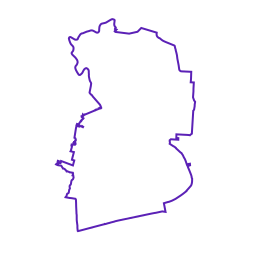 Wijdemeren, Noord-Holland, Netherlands (orthographic projection), rotated 5°
{"feature_id": "6326949B52829064558657", "entity_name": "Wijdemeren", "entity_type": "district", "adm_level": 2, "iso_a3": "NLD", "parent_name": "Netherlands", "parent_adm1": "Noord-Holland", "projection": "orthographic", "projection_center": [5.063, 52.226], "detail": "fine", "context": "isolated", "style": "outline", "palette": "violet", "viewbox_px": 256, "rotation_deg": 5, "n_neighbors": 0, "source": "geoboundaries", "source_scale": "gbopen_adm2", "svg_char_len": 5351}
<svg xmlns="http://www.w3.org/2000/svg" viewBox="0 0 256 256"><g transform="rotate(5 128 128)"><path d="M172.7,208.3L170.3,199.8L174.1,198.3L175.4,197.9L178.1,196.6L181.5,194.5L186.3,190.7L188.4,188.9L191.5,186.0L191.4,185.9L194.6,181.6L195.8,179.9L196.1,179.1L196.4,177.6L196.5,175.9L196.4,174.1L196.3,172.8L195.8,172.0L195.5,170.6L194.9,169.1L192.9,165.1L191.2,161.9L190.7,160.8L192.9,159.8L192.7,159.3L193.0,159.3L192.8,158.2L192.1,158.4L192.3,159.2L191.7,159.4L191.3,158.6L190.1,159.0L190.1,159.5L189.9,159.5L189.4,158.3L188.3,155.8L187.5,154.2L186.1,152.2L185.1,150.4L183.7,148.7L183.4,148.2L182.6,147.9L178.5,144.7L177.9,144.3L177.4,143.8L177.4,143.6L175.8,142.6L174.6,142.1L170.9,140.1L171.0,139.6L171.0,138.5L170.7,137.7L170.6,136.6L171.7,135.5L179.1,135.3L179.0,133.7L177.0,133.7L176.8,130.1L188.2,129.7L188.5,129.7L190.3,129.8L190.4,129.6L192.1,128.1L191.5,105.1L191.7,104.9L192.2,103.9L192.3,103.5L192.3,102.7L192.5,100.5L192.4,99.0L192.5,97.4L192.6,96.1L192.5,95.9L191.5,94.9L190.2,92.0L190.1,91.7L190.0,85.7L189.8,83.1L189.6,76.9L186.5,77.0L186.5,73.7L186.1,66.5L176.2,66.9L175.9,66.9L175.3,66.7L174.7,66.3L174.2,65.8L173.9,65.1L173.0,61.2L171.1,54.5L170.4,51.2L169.7,49.0L169.3,47.9L168.8,46.5L168.6,45.6L168.1,44.5L167.4,42.2L167.0,41.8L157.9,39.0L155.4,38.1L154.1,37.4L151.6,35.7L150.9,35.6L149.9,35.0L149.2,34.4L148.8,33.8L148.6,33.4L148.4,32.8L148.3,31.8L148.3,30.5L132.5,27.2L129.1,31.3L120.9,33.9L107.2,33.4L106.5,33.0L106.3,32.8L106.7,32.3L107.1,32.0L106.9,31.7L107.8,31.1L108.0,30.9L107.6,30.7L106.4,30.3L106.5,29.8L107.0,28.9L106.1,28.0L105.8,27.6L105.5,27.0L105.3,26.3L105.2,25.3L105.3,22.4L105.3,21.8L105.1,21.5L104.8,21.3L103.7,21.0L103.0,20.9L102.1,21.2L100.9,22.0L96.9,24.9L95.7,25.4L92.9,26.3L92.5,26.5L92.0,26.9L91.7,27.3L91.3,28.0L91.0,28.7L90.8,29.3L90.7,30.2L90.7,32.2L90.8,33.7L90.7,34.3L90.3,35.0L89.6,35.6L88.9,35.7L88.1,35.6L85.0,34.2L84.2,34.0L83.4,33.9L82.3,34.1L80.5,34.9L78.5,35.6L74.7,37.6L73.5,37.9L72.6,38.6L72.1,39.3L70.8,41.8L70.5,42.5L70.2,43.7L69.8,44.2L68.9,44.5L67.9,44.6L67.3,44.5L63.3,42.6L62.6,42.4L62.2,42.5L61.8,42.7L61.5,43.1L61.3,43.9L61.8,45.5L62.1,46.2L62.9,47.9L63.6,49.1L64.0,49.6L65.6,51.0L66.1,51.5L66.5,52.1L66.7,52.7L66.8,53.3L66.8,53.9L66.8,54.8L66.7,55.4L66.6,55.9L66.3,56.4L65.4,57.8L65.3,58.3L65.4,58.7L65.8,59.3L66.3,59.9L69.4,62.4L70.3,63.4L71.3,64.6L71.6,65.2L71.9,65.9L72.0,66.5L72.1,67.1L71.8,68.5L71.4,69.5L70.4,71.0L70.3,71.4L70.2,71.9L70.2,72.5L70.4,73.2L70.7,74.0L71.1,74.8L72.4,76.8L74.1,79.0L74.5,79.3L75.4,79.4L75.9,79.1L76.3,78.7L77.4,77.5L77.9,76.5L78.6,74.7L78.9,74.1L79.5,73.1L80.2,72.5L80.9,72.1L81.3,72.0L81.6,72.1L82.5,72.5L83.4,73.4L83.7,73.9L83.9,74.5L84.0,75.1L84.1,76.4L84.4,78.1L84.4,79.1L84.5,79.7L84.7,80.6L85.4,82.9L85.9,84.3L87.1,86.1L87.4,86.7L87.4,87.4L87.3,89.6L86.6,96.0L86.7,96.3L87.3,97.0L88.5,98.1L89.3,98.5L90.0,99.5L90.6,100.1L98.0,107.2L98.7,108.3L99.0,109.3L99.4,109.6L99.6,110.4L99.3,110.7L98.5,110.0L98.1,110.5L98.0,110.4L97.5,110.7L98.0,111.1L95.0,112.6L94.7,112.4L94.3,113.0L93.8,113.3L93.6,113.1L93.2,113.4L93.3,113.4L93.1,113.6L84.3,118.2L84.0,118.1L83.7,118.6L82.7,119.1L81.9,118.4L81.6,119.9L80.7,120.3L80.9,120.9L81.6,120.9L81.3,121.3L82.8,122.2L82.4,122.9L81.6,123.5L81.0,124.2L81.2,124.5L80.6,125.5L80.2,125.4L79.7,126.4L79.2,127.2L78.9,127.8L79.0,128.1L78.8,128.2L78.7,128.7L76.9,128.4L76.8,129.4L77.1,129.4L82.2,130.7L82.3,130.2L83.2,130.7L83.0,131.1L82.2,130.7L82.2,130.8L79.4,130.1L79.2,130.8L76.4,130.2L76.4,130.4L76.5,130.4L76.4,130.4L76.4,131.6L76.2,132.4L75.5,142.4L76.3,142.7L76.6,143.0L76.9,144.2L76.9,144.4L76.7,144.7L77.0,144.8L76.8,145.3L76.7,145.3L76.5,145.7L76.7,146.7L75.4,146.7L75.4,147.5L75.4,147.8L75.0,147.9L75.1,148.1L76.8,148.0L77.1,148.2L77.1,148.4L76.4,148.4L76.4,148.5L76.6,148.5L76.5,149.3L73.3,149.3L73.2,150.3L73.9,150.3L73.9,150.7L73.7,151.4L73.7,152.1L73.2,154.6L73.2,154.8L73.1,155.4L72.8,156.2L76.2,156.7L75.5,161.0L75.4,161.3L74.9,164.5L77.3,165.0L77.1,166.4L77.0,166.5L76.4,170.1L64.6,166.8L64.2,166.7L64.1,168.0L63.6,168.0L63.6,168.8L63.2,168.8L63.2,168.5L61.7,168.4L61.9,167.0L61.0,166.8L60.8,168.0L60.8,168.8L60.8,169.1L61.5,169.0L61.5,169.4L61.4,170.2L61.0,169.9L60.2,169.4L59.9,169.3L60.3,169.6L60.8,169.9L60.8,170.0L61.0,170.3L61.4,170.8L61.2,170.8L59.7,170.2L59.5,170.5L61.1,171.1L61.6,171.0L61.9,171.2L64.3,171.3L64.8,171.4L65.1,171.7L66.1,173.2L66.8,173.7L66.8,174.0L67.3,174.0L67.7,174.1L68.2,174.3L68.6,174.7L68.9,174.7L69.6,175.3L70.2,176.1L71.0,176.3L71.0,176.6L71.5,176.5L73.1,176.9L73.9,177.3L74.3,177.2L76.9,177.4L76.9,177.6L77.0,177.6L77.3,178.5L76.9,180.0L77.6,180.1L78.0,181.7L78.1,182.2L78.0,182.6L77.8,183.3L77.7,183.7L77.3,184.2L76.5,184.9L76.3,185.5L76.2,185.9L76.0,188.8L75.9,189.2L75.7,189.6L75.1,190.2L75.0,190.6L74.9,191.0L75.0,191.9L75.3,192.9L75.4,193.3L75.2,193.8L74.9,194.3L74.8,194.8L74.6,197.6L74.4,197.9L74.2,198.2L73.4,198.6L73.1,198.9L73.0,199.3L72.6,201.3L72.3,201.8L71.9,202.1L71.8,202.4L76.0,202.8L77.7,202.8L81.8,203.1L82.3,203.8L82.4,204.1L82.8,207.1L83.2,210.7L84.0,216.6L84.1,217.6L84.3,218.4L84.5,219.5L84.9,223.8L85.2,225.5L86.1,229.6L86.3,231.9L86.8,234.5L86.9,234.9L87.1,235.1L88.6,234.6L103.0,229.4L111.4,226.4L112.6,226.0L113.3,225.8L113.3,225.6L114.0,225.6L116.2,224.7L118.3,224.0L118.6,223.8L122.6,222.4L123.4,222.0L126.8,220.9L158.5,211.3L162.0,210.3L163.0,210.1L169.4,208.1L172.7,208.3Z" fill="none" stroke="#5b21b6" stroke-width="2"/></g></svg>